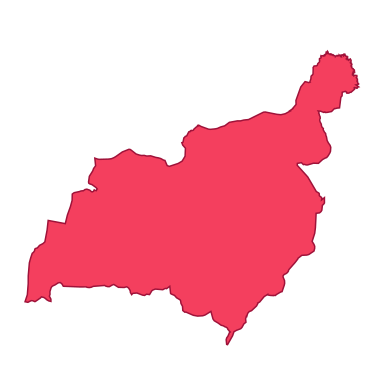 Agona West Municipal, Central, Ghana (Albers equal-area conic projection), rotated 274°
{"feature_id": "2480657B39435178884870", "entity_name": "Agona West Municipal", "entity_type": "district", "adm_level": 2, "iso_a3": "GHA", "parent_name": "Ghana", "parent_adm1": "Central", "projection": "albers", "projection_center": [-0.776, 5.629], "detail": "fine", "context": "isolated", "style": "filled", "palette": "rose", "viewbox_px": 384, "rotation_deg": 274, "n_neighbors": 0, "source": "geoboundaries", "source_scale": "gbopen_adm2", "svg_char_len": 5957}
<svg xmlns="http://www.w3.org/2000/svg" viewBox="0 0 384 384"><g transform="rotate(274 192 192)"><path d="M195.6,324.5L193.1,321.8L195.0,321.9L195.6,321.6L197.1,319.4L197.6,319.2L199.1,319.1L199.8,318.6L201.1,316.0L215.1,306.4L226.0,295.1L227.9,295.1L228.9,299.1L227.1,301.2L227.4,302.4L227.0,303.8L227.1,305.5L229.2,311.2L229.4,316.1L233.5,320.0L235.3,322.8L235.7,323.9L237.6,325.3L240.6,326.8L242.2,327.3L246.3,327.3L248.3,326.4L250.5,324.6L252.8,323.2L256.4,322.3L257.8,321.6L259.7,321.2L260.9,320.0L263.3,318.5L264.5,318.6L265.7,317.2L267.5,316.4L268.6,316.3L271.1,314.8L272.5,314.4L273.5,314.4L274.4,314.8L276.1,314.5L277.7,313.6L278.6,313.5L279.3,312.9L280.4,313.1L281.6,312.2L281.6,314.5L280.6,317.9L281.0,318.4L281.1,319.0L280.7,319.2L280.6,319.7L280.9,321.5L282.0,325.6L285.2,328.3L285.1,328.9L285.8,330.9L286.2,333.3L296.9,333.9L298.2,334.9L298.8,335.0L302.0,334.9L303.1,338.0L302.5,339.2L302.3,339.4L301.8,339.2L301.4,339.6L301.6,341.6L302.5,342.7L302.5,343.6L305.9,347.0L307.2,346.5L307.5,346.6L307.6,347.2L307.2,347.8L307.3,348.2L307.0,348.9L307.5,349.3L307.3,349.7L308.2,350.0L308.5,350.9L310.3,348.1L310.7,349.7L311.5,349.9L311.2,350.5L311.4,350.7L312.3,349.7L313.2,349.6L313.9,348.9L314.3,348.9L314.5,349.3L315.2,349.0L316.1,349.2L317.4,347.9L318.3,348.5L319.7,348.3L319.8,346.2L319.1,345.3L319.9,344.8L319.8,344.2L320.0,343.9L320.8,343.9L320.7,344.5L321.0,344.6L321.7,344.3L321.6,345.0L322.5,345.1L323.1,344.6L323.3,345.0L323.0,345.8L325.1,345.4L325.1,344.5L326.1,344.3L326.7,343.2L327.5,342.5L328.2,342.6L328.7,342.4L328.8,341.9L329.7,342.0L330.1,342.6L330.4,342.6L330.7,342.3L331.4,342.2L331.6,341.3L332.2,341.5L332.5,341.0L333.0,341.5L334.5,341.5L335.8,340.6L334.9,339.4L334.3,339.1L334.5,338.8L334.9,338.8L335.8,338.1L335.6,337.8L335.0,337.9L334.9,337.5L335.4,337.3L335.6,336.6L337.5,337.9L337.6,337.7L337.3,337.3L338.1,337.2L338.2,336.1L338.7,335.5L339.3,335.4L339.4,335.0L339.0,335.0L339.0,334.4L338.8,334.2L340.2,334.6L340.2,333.9L339.6,333.4L339.2,333.4L339.3,332.6L339.0,332.6L338.9,331.9L337.2,331.3L338.2,330.1L338.7,330.3L338.5,329.8L339.0,329.2L338.6,329.2L337.9,328.1L337.9,327.8L338.3,327.7L338.3,327.2L338.0,327.2L337.7,326.1L337.1,325.6L337.6,325.5L337.9,324.8L338.0,323.2L338.3,323.1L338.3,323.5L338.6,323.5L338.9,322.8L338.6,322.0L338.7,320.9L339.2,321.4L339.5,321.0L339.3,319.6L339.6,317.5L340.0,317.3L340.3,318.0L340.9,318.1L341.8,317.3L340.9,317.1L341.1,316.6L341.0,316.1L340.7,316.1L340.5,316.6L340.1,316.7L339.8,316.0L338.8,316.0L338.6,315.3L337.2,315.0L337.1,314.6L337.7,314.2L336.8,313.5L337.1,312.9L336.7,311.6L337.0,311.2L336.4,311.0L335.6,311.4L334.7,311.2L334.0,309.9L332.4,309.9L331.9,310.2L330.5,310.0L328.8,308.5L327.3,308.2L326.6,307.6L326.2,305.0L324.5,304.1L323.2,304.3L318.2,304.5L317.0,303.9L316.6,303.2L315.7,302.7L313.2,302.7L310.0,301.9L309.8,302.1L309.3,300.9L310.0,297.1L304.4,293.2L290.6,289.3L286.6,289.7L282.5,286.7L282.7,287.4L279.8,283.8L279.6,284.3L276.6,279.6L275.3,275.3L275.4,271.3L276.9,259.5L276.6,257.7L268.2,243.3L267.4,238.7L266.3,235.3L266.1,232.2L264.1,224.4L260.3,220.0L258.9,216.1L257.2,212.9L256.6,210.8L255.8,206.1L255.8,204.2L258.0,196.5L259.1,194.1L259.1,193.9L258.4,193.6L258.7,192.9L257.7,192.6L257.0,191.6L254.8,189.5L254.1,189.3L253.6,188.8L253.1,187.2L253.4,186.9L252.8,186.0L252.1,185.9L251.8,184.6L247.6,182.8L247.0,181.4L245.9,180.7L245.4,180.1L241.4,179.6L241.0,179.4L240.5,178.4L238.1,179.5L235.2,182.4L227.2,182.6L222.1,180.0L219.5,176.2L216.0,167.6L216.6,165.4L221.6,162.8L221.8,161.5L223.2,158.5L223.7,156.2L224.0,153.4L225.2,148.3L224.7,144.3L225.2,141.7L224.9,139.2L225.1,137.3L226.0,133.6L229.6,128.3L230.1,127.4L230.2,126.1L227.1,119.7L222.1,113.6L220.8,111.7L219.6,109.3L219.0,106.5L218.1,97.2L218.2,95.7L219.0,92.7L211.4,94.0L208.6,92.2L206.1,91.5L200.5,88.5L194.8,88.1L193.6,88.4L193.0,89.3L192.4,91.7L189.8,95.9L188.4,97.3L188.0,96.8L186.7,96.5L186.8,95.1L187.3,94.3L185.8,93.7L185.1,92.4L185.5,91.4L186.7,89.9L187.5,86.9L187.0,85.1L185.7,83.6L185.3,81.2L184.6,79.7L183.1,74.5L181.6,72.7L175.3,73.0L168.8,71.7L160.3,69.3L151.6,67.8L153.6,50.5L143.8,50.1L132.0,48.7L130.2,47.0L128.1,43.6L125.5,41.7L124.6,39.6L124.0,39.2L122.3,39.0L120.8,38.1L119.7,36.9L115.1,35.7L110.1,34.7L96.9,34.5L89.1,35.0L78.0,34.9L70.9,33.1L70.5,36.0L72.4,39.1L72.4,40.9L71.7,42.7L71.8,43.3L75.8,48.3L76.9,49.1L76.4,51.7L75.3,53.6L74.6,54.2L73.4,56.6L73.0,58.9L75.3,58.7L78.1,57.0L80.0,57.5L82.6,57.2L86.6,58.1L88.0,58.9L88.8,60.0L89.8,61.9L92.0,64.8L92.5,66.9L91.2,68.7L89.0,70.2L89.5,86.9L90.0,93.2L89.6,93.9L89.5,96.1L89.9,98.0L91.0,100.1L92.7,111.4L92.1,112.5L91.7,114.6L91.8,116.2L93.7,119.0L94.3,120.5L91.8,125.2L92.0,131.0L92.9,133.3L92.3,134.7L91.6,135.6L89.3,137.2L87.3,137.6L85.4,139.0L86.3,139.6L86.8,140.3L87.4,144.1L85.7,149.8L85.5,151.9L86.9,153.8L86.7,156.8L90.8,158.9L91.7,160.2L92.6,162.2L92.5,169.7L93.8,171.7L94.0,172.8L93.8,173.4L96.4,176.4L89.4,177.7L88.9,178.2L87.6,181.8L85.4,184.0L83.6,187.6L82.7,188.2L80.0,188.8L77.3,190.5L73.1,191.1L71.6,193.2L71.8,194.3L69.1,201.9L68.6,206.2L69.3,211.4L70.2,213.6L74.2,219.2L66.8,221.8L65.1,223.2L63.1,227.2L61.1,230.4L60.7,232.6L59.8,234.3L59.5,235.6L58.6,236.9L57.4,237.4L56.3,238.6L55.5,239.1L55.0,239.9L54.4,239.2L50.7,237.9L48.9,236.8L47.0,236.4L42.4,237.2L42.2,238.1L51.4,242.5L55.5,243.6L57.1,246.0L59.0,250.1L60.4,251.3L64.1,253.0L65.8,254.9L69.3,254.3L71.8,254.9L71.6,255.3L74.8,256.0L76.7,257.4L77.8,259.7L82.9,264.4L85.5,265.5L85.8,265.3L87.0,267.2L92.7,271.3L95.1,274.6L94.6,274.6L94.3,277.2L94.3,280.2L94.5,280.2L94.6,282.5L95.5,283.2L98.4,287.4L98.9,288.8L105.4,290.5L107.3,290.8L110.0,290.5L113.5,288.8L114.7,288.7L116.2,289.7L117.0,291.3L118.3,292.8L119.8,293.7L120.6,293.7L121.7,294.3L128.9,299.8L132.5,302.2L133.3,302.4L136.5,306.0L137.1,310.9L137.8,312.9L141.6,317.8L144.2,318.3L146.4,318.2L148.3,317.3L151.1,315.3L159.4,317.3L165.0,317.6L179.4,317.3L180.1,320.7L181.5,322.1L182.9,322.8L187.8,323.0L188.9,324.1L190.3,324.9L195.6,324.5Z" fill="#f43f5e" stroke="#9f1239" stroke-width="1.5"/></g></svg>